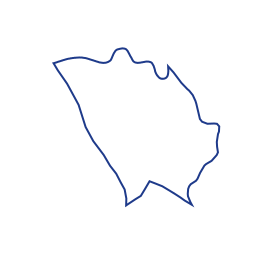 Pyokdong, P'yŏngan-bukto, North Korea, rotated 21°
{"feature_id": "82179303B48679015064508", "entity_name": "Pyokdong", "entity_type": "district", "adm_level": 2, "iso_a3": "PRK", "parent_name": "North Korea", "parent_adm1": "P'yŏngan-bukto", "projection": "robinson", "projection_center": [125.318, 40.5], "detail": "fine", "context": "isolated", "style": "outline", "palette": "blue", "viewbox_px": 256, "rotation_deg": 21, "n_neighbors": 0, "source": "geoboundaries", "source_scale": "gbopen_adm2", "svg_char_len": 4738}
<svg xmlns="http://www.w3.org/2000/svg" viewBox="0 0 256 256"><g transform="rotate(21 128 128)"><path d="M154.0,200.9L160.4,191.9L164.3,186.8L165.7,179.0L167.2,170.0L173.4,170.0L180.9,170.1L188.3,171.4L195.8,172.8L202.0,174.1L206.9,175.4L215.1,176.8L212.8,174.8L208.5,170.3L207.4,168.1L206.0,163.3L206.0,160.5L206.7,158.0L210.4,152.9L211.1,150.4L211.4,144.0L212.8,135.7L213.9,133.6L217.8,128.7L220.5,121.5L220.7,118.5L217.9,113.6L215.9,109.2L214.2,101.4L214.2,98.7L212.6,93.8L209.6,92.2L206.9,92.9L200.6,95.6L194.9,95.6L191.9,93.8L183.1,80.9L181.2,78.5L176.7,74.1L171.7,71.2L169.4,70.4L161.6,66.7L150.6,59.8L143.4,56.1L143.5,56.3L143.6,56.6L143.7,56.9L143.9,57.3L144.1,57.7L144.2,58.0L144.4,58.4L144.5,58.7L144.7,59.0L144.8,59.4L145.0,59.8L145.2,60.2L145.3,60.5L145.4,60.9L145.5,61.3L145.6,61.6L145.7,61.9L145.8,62.2L145.9,62.5L145.9,62.9L146.0,63.2L146.1,63.6L146.1,63.9L146.2,64.3L146.2,64.6L146.2,65.0L146.2,65.4L146.2,65.7L146.1,66.0L146.0,66.3L145.9,66.6L145.8,66.9L145.7,67.2L145.6,67.4L145.4,67.7L145.3,67.8L145.1,68.1L144.8,68.3L144.6,68.5L144.4,68.7L144.3,68.8L144.0,69.0L143.8,69.1L143.5,69.3L143.2,69.4L142.9,69.6L142.6,69.7L142.3,69.7L142.1,69.9L141.7,70.0L141.4,70.0L141.1,70.1L140.8,70.0L140.4,70.1L140.2,70.0L139.9,70.0L139.6,70.0L139.4,69.9L139.1,69.8L138.8,69.7L138.5,69.6L138.3,69.5L138.2,69.4L137.7,69.1L137.2,68.9L136.8,68.6L136.4,68.5L136.1,68.2L135.8,68.0L135.5,67.8L135.2,67.5L134.9,67.3L134.7,67.1L134.4,66.8L134.2,66.6L133.9,66.3L133.6,66.0L133.4,65.8L133.2,65.5L133.0,65.3L132.8,65.0L132.6,64.6L132.5,64.4L132.2,64.0L131.9,63.6L131.7,63.3L131.4,63.0L131.1,62.6L130.9,62.3L130.5,61.9L130.2,61.5L130.0,61.3L129.8,61.0L129.6,60.8L129.4,60.6L129.1,60.4L128.9,60.2L128.6,60.0L128.3,59.8L128.0,59.5L127.8,59.3L127.5,59.1L127.3,58.9L127.0,58.8L126.6,58.6L126.3,58.5L125.9,58.5L125.5,58.4L125.4,58.4L124.9,58.5L124.4,58.5L124.0,58.6L123.6,58.6L123.3,58.7L123.0,58.8L122.6,58.9L122.2,59.1L121.9,59.2L121.5,59.3L121.2,59.5L120.8,59.7L120.4,59.9L120.1,60.1L119.8,60.3L119.4,60.6L119.0,60.8L118.6,61.0L118.3,61.2L117.9,61.5L117.5,61.7L117.1,61.9L116.8,62.1L116.4,62.4L116.0,62.6L115.6,62.8L115.3,63.0L115.0,63.1L114.6,63.3L114.2,63.5L113.9,63.6L113.6,63.8L113.2,63.9L112.5,64.0L112.2,64.1L111.9,64.1L111.6,64.2L111.3,64.2L111.0,64.2L110.6,64.2L110.2,64.1L109.8,64.0L109.4,63.9L109.1,63.8L108.8,63.6L108.6,63.5L108.4,63.3L108.1,63.1L107.8,62.9L107.5,62.6L107.2,62.4L106.9,62.1L106.6,61.8L106.3,61.5L106.0,61.3L105.7,61.0L105.4,60.8L105.0,60.5L104.5,60.1L104.1,59.8L103.8,59.5L103.4,59.1L103.0,58.8L102.6,58.4L102.3,58.1L102.0,57.9L101.7,57.6L101.4,57.4L101.1,57.1L100.7,56.8L100.4,56.5L100.2,56.3L99.8,56.1L99.4,55.9L99.1,55.7L98.7,55.5L98.4,55.4L98.0,55.2L97.6,55.1L97.3,55.1L97.0,55.1L96.6,55.1L96.3,55.2L95.9,55.2L95.6,55.3L95.2,55.4L94.9,55.5L94.4,55.6L94.0,55.8L93.7,56.0L93.3,56.2L92.9,56.5L92.5,56.7L92.1,56.9L91.8,57.2L91.3,57.5L91.0,57.7L90.7,58.0L90.3,58.2L90.0,58.4L89.8,58.7L89.5,58.9L89.3,59.2L89.1,59.5L88.9,59.9L88.8,60.1L88.6,60.5L88.5,60.9L88.4,61.4L88.4,61.6L88.3,62.0L88.2,62.4L88.1,62.9L88.0,63.4L88.0,63.9L87.9,64.4L87.9,64.9L87.9,65.5L87.9,65.9L87.8,66.5L87.8,67.0L87.8,67.5L87.8,67.8L87.8,68.5L87.7,68.9L87.7,69.4L87.7,69.8L87.6,70.3L87.6,70.6L87.5,70.9L87.4,71.1L87.3,71.4L87.0,71.8L86.8,72.1L86.5,72.5L86.3,72.8L86.1,73.0L85.9,73.3L85.6,73.6L85.2,73.9L84.9,74.2L84.4,74.6L84.0,74.9L83.5,75.2L83.1,75.4L82.6,75.6L82.2,75.8L81.6,76.1L81.2,76.2L80.8,76.3L80.2,76.4L79.7,76.6L79.0,76.7L78.6,76.8L78.2,76.9L77.7,77.0L77.1,77.0L76.4,77.0L75.8,77.1L75.3,77.1L74.8,77.2L74.3,77.2L73.7,77.2L73.2,77.2L72.7,77.3L72.2,77.3L71.8,77.3L71.3,77.3L70.9,77.4L70.4,77.4L70.0,77.4L69.5,77.5L69.0,77.5L68.5,77.5L68.0,77.6L67.5,77.6L67.2,77.6L66.7,77.6L66.2,77.7L65.7,77.7L65.3,77.7L64.8,77.8L64.3,77.8L63.8,77.9L63.5,77.9L63.0,78.0L62.7,78.1L62.2,78.2L61.8,78.3L61.3,78.4L61.0,78.5L60.6,78.6L60.2,78.6L59.9,78.7L59.6,78.8L59.2,78.9L58.8,79.1L58.4,79.2L57.9,79.4L57.6,79.5L57.3,79.6L56.9,79.8L56.4,80.0L56.0,80.2L55.6,80.4L55.1,80.6L54.7,80.8L54.2,81.0L53.8,81.3L53.3,81.4L52.9,81.6L52.5,81.9L52.1,82.1L51.7,82.3L51.3,82.5L50.9,82.7L50.5,83.0L50.1,83.2L49.7,83.4L49.3,83.6L49.0,83.9L48.6,84.1L48.3,84.3L47.9,84.5L47.5,84.7L47.1,85.0L46.8,85.2L46.5,85.4L46.2,85.6L45.9,85.9L45.5,86.1L45.2,86.4L44.9,86.6L44.6,86.8L44.3,87.1L43.9,87.4L43.6,87.6L43.3,87.8L42.9,88.1L42.7,88.4L42.4,88.6L42.2,88.7L41.9,88.9L41.6,89.2L41.3,89.5L41.0,89.7L40.7,89.9L40.4,90.2L40.0,90.5L39.7,90.7L39.4,90.9L39.2,91.1L38.9,91.3L38.6,91.6L38.3,91.9L38.0,92.1L37.8,92.3L37.5,92.6L37.1,92.8L36.8,93.1L36.5,93.3L36.2,93.5L35.9,93.8L35.6,94.0L35.3,94.2L41.8,99.3L55.3,108.5L73.6,124.1L88.1,142.3L100.3,152.7L115.0,161.9L124.8,169.7L133.4,174.9L140.7,181.4L146.9,186.6L151.7,194.4L154.0,200.9Z" fill="none" stroke="#1e3a8a" stroke-width="2"/></g></svg>